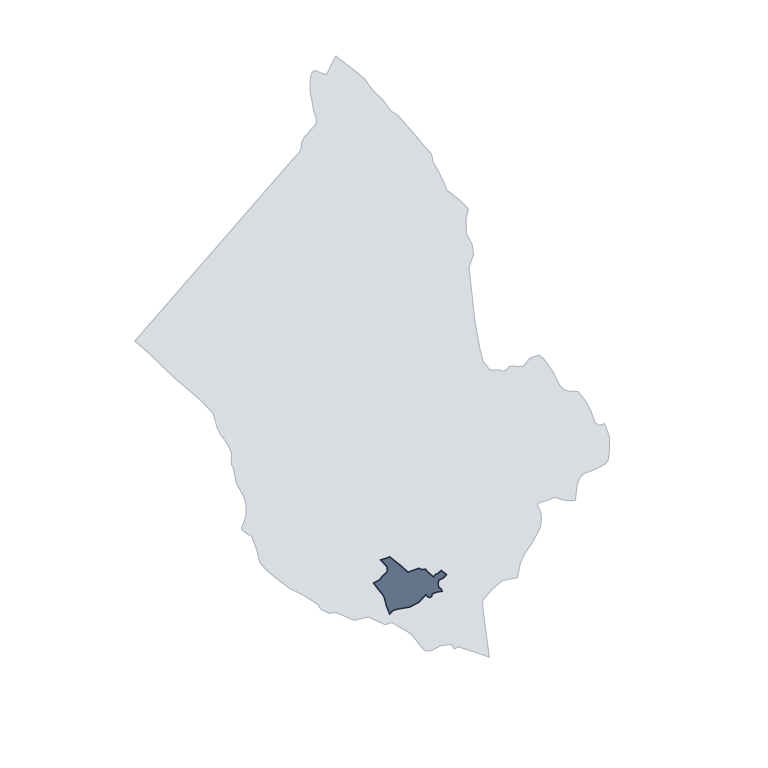 where Kotido sits in Uganda, rotated 131°
{"feature_id": "UGA-3123", "entity_name": "Kotido", "entity_type": "County", "adm_level": 1, "iso_a3": "UGA", "parent_name": "Uganda", "parent_adm1": "", "projection": "robinson", "projection_center": [33.884, 2.985], "detail": "fine", "context": "in_parent", "style": "filled", "palette": "slate", "viewbox_px": 768, "rotation_deg": 131, "n_neighbors": 0, "source": "natural_earth", "source_scale": "10m", "svg_char_len": 2909}
<svg xmlns="http://www.w3.org/2000/svg" viewBox="0 0 768 768"><g transform="rotate(131 384 384)"><path d="M515.2,600.2L506.4,600.2L492.1,600.2L477.8,600.2L463.6,600.2L449.3,600.2L435.0,600.2L420.7,600.2L406.5,600.2L392.2,600.2L377.9,600.2L363.6,600.2L349.4,600.2L335.1,600.2L320.8,600.2L306.5,600.2L292.3,600.2L278.0,600.2L269.6,600.2L267.9,599.9L266.7,599.5L261.3,600.7L255.7,604.6L249.8,606.3L243.5,605.7L242.7,606.1L239.5,606.0L234.8,605.7L230.7,606.8L227.5,610.3L224.2,616.2L218.4,623.1L213.8,629.2L209.9,633.5L201.0,640.6L196.1,642.7L193.7,642.4L192.3,641.1L189.5,632.0L187.7,630.5L170.4,635.2L167.8,635.2L168.0,632.4L166.7,611.0L166.5,597.9L168.8,589.7L170.1,580.3L170.2,571.9L173.4,557.7L172.2,549.2L176.3,519.4L177.4,514.5L179.0,500.1L181.5,495.7L183.8,493.9L186.8,485.1L192.5,470.9L196.4,463.7L195.6,447.8L196.2,436.9L197.1,434.6L205.5,430.5L216.4,420.5L221.0,408.8L227.5,401.3L240.1,396.4L277.5,356.0L294.8,334.3L302.4,323.1L302.6,319.1L304.1,313.9L301.1,309.8L297.5,306.1L296.3,302.6L293.1,300.9L288.7,301.0L285.7,298.5L282.4,293.6L279.1,290.5L268.5,290.8L260.3,285.8L260.4,279.0L263.6,265.5L269.8,250.2L270.2,245.9L269.3,242.3L267.8,239.2L265.0,236.1L262.4,232.4L264.4,221.4L268.4,210.5L271.5,205.1L274.7,199.1L273.8,194.1L269.2,191.6L271.6,186.8L276.5,178.6L286.1,170.3L294.4,164.8L300.0,164.8L310.9,169.2L320.7,174.4L326.1,174.6L332.7,172.5L346.2,163.3L349.5,166.2L353.5,171.8L357.8,181.0L366.3,185.2L370.4,188.1L373.3,189.0L375.0,188.2L378.2,181.0L382.1,177.0L389.4,172.0L405.4,168.1L416.8,166.9L421.6,166.0L429.7,163.6L442.5,156.2L455.0,165.8L468.7,167.7L481.9,167.6L486.0,164.7L488.3,162.4L502.2,146.7L521.0,125.3L533.5,155.4L537.8,157.2L537.2,159.8L536.2,162.3L544.4,169.6L554.4,173.4L558.0,177.1L558.4,181.1L555.0,198.7L555.6,203.7L558.9,221.4L564.9,225.3L570.2,243.1L581.0,250.6L582.5,252.8L585.0,261.4L588.3,270.8L590.9,273.0L592.5,273.6L595.6,283.6L593.8,289.2L596.3,306.3L600.3,321.5L601.4,339.7L601.5,347.8L601.3,352.7L600.4,359.6L598.5,363.6L595.1,367.5L591.3,373.6L587.9,380.2L585.8,383.5L587.5,393.3L587.1,395.9L586.2,397.1L581.3,398.6L575.1,401.3L571.3,403.9L565.9,408.9L561.6,414.3L555.9,430.2L546.4,442.6L544.8,446.6L535.9,454.0L531.9,463.1L529.4,474.3L525.9,482.3L518.4,493.2L516.6,510.6L516.9,545.2L514.9,584.7L515.2,600.2Z" fill="#d9dde1" stroke="#a8b0b8" stroke-width="1"/><path d="M487.2,218.5L486.8,211.8L489.8,211.7L492.7,212.3L495.0,213.5L497.4,213.4L499.8,211.5L501.6,209.0L501.1,206.5L501.6,205.3L502.3,204.1L506.5,207.6L510.6,209.9L512.9,208.7L515.2,209.3L516.0,211.4L515.4,214.1L525.8,214.5L535.6,218.3L545.2,226.2L549.3,228.7L553.9,228.8L549.9,236.6L545.0,243.7L543.6,247.4L543.1,251.5L541.1,261.3L534.5,258.8L531.0,259.2L523.8,258.4L520.0,261.5L519.0,271.1L512.6,267.2L510.7,266.4L510.1,251.5L510.3,242.4L500.1,236.8L499.2,233.6L496.5,231.3L497.1,228.3L497.1,220.0L493.9,220.3L491.5,219.0L487.2,218.5Z" fill="#64748b" stroke="#1e293b" stroke-width="1.5"/></g></svg>